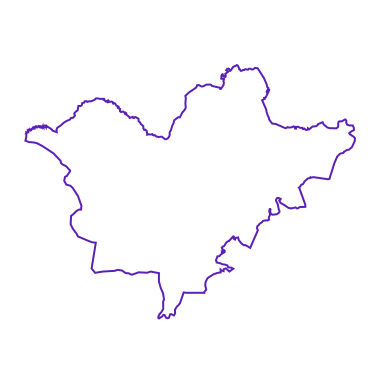 outline of South Tongu, Volta, Ghana, rotated 268°
{"feature_id": "2480657B92948775681515", "entity_name": "South Tongu", "entity_type": "district", "adm_level": 2, "iso_a3": "GHA", "parent_name": "Ghana", "parent_adm1": "Volta", "projection": "orthographic", "projection_center": [0.674, 5.965], "detail": "fine", "context": "isolated", "style": "outline", "palette": "violet", "viewbox_px": 384, "rotation_deg": 268, "n_neighbors": 0, "source": "geoboundaries", "source_scale": "gbopen_adm2", "svg_char_len": 6020}
<svg xmlns="http://www.w3.org/2000/svg" viewBox="0 0 384 384"><g transform="rotate(268 192 192)"><path d="M231.3,353.4L237.4,356.5L240.0,356.7L241.4,355.7L244.1,352.0L245.3,351.1L246.6,352.7L248.3,356.0L250.3,356.0L252.9,355.0L253.0,351.8L253.8,349.5L255.9,348.5L256.4,348.8L258.0,348.6L258.9,348.1L259.2,347.5L257.4,344.2L257.5,342.1L257.1,341.1L255.8,340.5L252.1,340.4L250.6,338.5L251.0,331.6L251.9,329.3L255.0,325.9L257.2,325.0L255.4,320.3L254.3,319.8L253.4,318.2L253.2,314.7L250.6,311.4L251.6,310.1L250.3,310.0L250.0,308.7L250.1,307.9L251.4,306.7L251.0,305.8L251.1,305.0L252.3,304.7L252.3,302.4L253.6,300.1L253.2,299.1L253.4,298.2L251.7,298.1L251.8,297.2L253.1,296.9L254.0,296.0L253.2,293.8L253.0,291.4L253.5,289.5L252.7,288.6L252.6,287.4L257.1,278.0L257.6,274.5L261.8,271.6L263.3,271.5L266.0,270.3L270.0,269.2L271.9,269.0L281.3,265.3L282.6,268.0L283.6,267.5L284.0,269.0L290.7,272.5L292.4,273.0L290.6,271.3L289.1,270.8L289.0,270.3L289.8,270.1L292.1,271.6L293.5,271.8L294.3,270.8L296.9,270.4L303.5,267.8L313.4,261.9L313.8,259.3L312.5,257.5L312.3,256.3L313.2,254.4L313.2,253.2L312.3,252.3L312.9,249.5L312.1,248.5L312.2,247.2L311.5,246.1L311.4,244.9L312.8,244.1L313.0,243.5L313.7,243.6L316.8,242.1L317.3,241.2L316.7,240.4L315.7,237.6L311.8,234.7L311.9,234.0L313.6,233.4L314.1,232.7L313.9,231.5L312.5,230.4L311.0,232.4L308.9,229.4L306.9,229.8L305.9,229.4L306.1,228.7L306.9,228.2L306.8,227.4L308.6,226.7L308.2,226.0L307.0,225.5L304.2,225.2L304.0,226.3L304.4,227.7L303.7,228.1L301.7,227.2L300.1,227.7L297.5,227.1L294.0,224.4L294.0,223.8L295.2,223.5L297.3,215.7L298.3,215.0L298.7,214.1L298.8,210.1L297.2,206.8L297.1,205.1L298.7,202.5L298.5,200.8L297.9,200.8L296.0,199.5L291.7,192.6L288.3,188.7L285.9,189.1L281.1,188.5L276.5,188.7L274.4,187.6L271.5,184.9L267.0,182.5L267.2,180.8L264.5,177.0L263.6,176.4L261.4,176.0L259.0,174.6L254.5,173.1L252.9,172.0L251.3,171.6L250.0,171.8L248.7,171.3L246.9,170.2L245.7,168.3L245.7,166.9L248.4,163.7L248.1,160.5L248.8,158.2L250.1,156.9L249.9,155.6L250.3,154.7L251.2,154.4L250.9,152.6L251.2,150.5L250.8,149.2L254.8,148.8L255.9,147.4L255.7,146.5L257.4,145.6L259.6,145.6L261.8,143.1L263.0,142.8L264.7,141.1L267.1,141.1L268.8,138.3L268.7,137.2L267.9,136.7L268.1,135.8L269.2,135.3L268.2,132.3L269.1,132.0L271.4,129.4L271.9,129.2L272.0,128.2L272.4,127.8L273.2,128.8L273.8,128.2L273.9,127.2L274.8,126.1L274.4,123.8L275.3,122.8L276.4,123.0L277.1,122.6L277.6,122.9L278.1,122.1L278.8,121.9L278.6,120.9L279.4,120.7L280.1,121.2L281.1,119.3L283.0,118.3L283.6,117.2L283.0,116.5L283.2,116.1L284.4,116.1L285.2,115.0L284.7,111.4L286.0,111.9L286.5,111.5L286.2,110.6L285.3,110.7L285.7,109.7L285.3,109.2L286.6,107.8L287.7,107.6L287.5,106.8L288.2,106.8L288.2,103.8L288.9,100.4L288.8,99.1L287.5,97.9L286.1,94.2L286.3,92.7L285.7,90.4L286.5,89.8L286.3,87.8L285.1,87.4L284.7,85.4L282.6,84.9L281.8,83.7L282.0,81.5L277.5,80.5L276.6,78.9L274.6,77.0L272.5,77.7L270.9,76.3L270.2,75.3L270.3,73.7L268.7,72.6L267.2,68.8L265.6,66.1L263.1,63.2L260.9,59.6L259.1,58.8L256.5,58.9L258.3,54.6L259.5,54.0L262.7,49.4L262.0,49.3L262.0,48.7L263.0,49.0L263.5,48.6L263.5,48.3L261.8,48.2L263.0,47.4L262.3,46.8L263.2,46.6L262.6,45.8L261.5,45.8L262.1,45.3L262.9,45.2L261.4,44.5L262.1,43.9L261.7,43.4L262.4,43.1L263.0,43.3L263.1,42.5L262.1,41.8L262.4,41.3L263.2,41.3L263.3,40.8L261.9,39.4L262.2,39.1L262.6,39.4L263.2,38.4L262.5,37.4L261.7,37.6L261.4,36.9L262.3,36.9L261.8,36.1L262.3,35.6L261.3,34.9L260.8,35.5L260.8,34.3L259.6,33.6L260.0,33.0L259.4,32.6L260.0,32.2L259.3,32.0L260.1,30.7L259.8,30.1L258.8,30.6L258.5,30.0L257.3,30.4L257.0,28.8L257.5,29.2L257.5,28.4L256.7,28.6L252.4,28.2L249.1,27.3L247.6,30.8L247.0,35.8L246.2,38.7L243.2,44.0L235.4,55.0L227.8,61.7L225.5,62.1L224.2,63.4L222.2,67.0L217.7,70.9L216.8,70.7L212.5,67.6L211.5,65.6L207.6,64.7L203.8,66.6L202.5,70.7L200.5,72.7L192.0,77.9L182.1,81.0L178.3,80.5L178.4,78.5L177.0,75.8L174.2,72.9L172.3,70.3L163.8,69.6L159.2,71.8L154.1,75.3L151.6,76.4L146.4,87.5L145.2,90.7L144.7,94.1L119.0,89.0L114.6,92.4L115.6,99.9L115.9,112.1L116.8,114.7L116.0,119.3L113.3,122.8L112.9,126.1L111.7,128.1L111.5,129.4L113.6,135.9L112.9,144.4L113.9,147.9L112.1,156.1L103.8,155.8L96.9,157.5L91.9,159.5L85.5,160.3L83.9,159.5L82.8,159.3L76.2,159.2L73.0,157.2L71.2,155.4L68.2,153.9L67.0,154.1L66.8,154.7L68.6,157.8L70.2,159.1L69.9,160.3L67.2,161.8L66.7,163.0L67.1,164.5L70.5,165.9L70.7,166.9L69.3,169.6L71.2,170.9L74.9,170.8L78.1,173.0L79.4,174.6L81.3,176.1L91.9,180.2L91.5,182.5L90.8,200.8L91.9,200.9L93.9,202.8L98.1,202.0L101.4,202.4L104.7,204.1L105.9,205.3L109.0,210.7L110.2,214.4L110.7,217.9L113.4,217.9L112.6,218.7L111.8,220.8L113.7,221.0L114.5,223.1L111.2,226.6L113.9,230.6L115.1,228.6L115.3,226.0L115.7,225.4L117.4,224.8L118.3,222.4L118.8,219.5L119.7,218.1L120.7,214.2L121.4,214.3L122.7,213.5L126.8,215.2L127.0,217.2L128.4,218.4L129.2,219.8L129.8,220.3L130.4,219.8L130.9,220.1L131.5,219.9L131.4,220.6L130.2,221.5L130.7,222.4L131.4,222.2L131.9,222.7L133.1,221.6L133.0,220.7L135.3,219.8L136.4,220.8L136.5,221.7L137.2,222.5L140.5,224.6L142.1,227.3L141.9,227.5L146.1,231.5L146.2,232.0L145.7,232.4L144.7,231.8L143.4,232.4L143.0,233.3L144.0,233.5L144.6,234.2L145.0,236.5L142.3,237.1L139.1,239.4L137.0,241.9L137.1,243.5L134.1,248.2L151.5,256.5L153.5,255.6L155.6,256.2L156.7,257.6L157.7,258.2L159.4,260.9L160.6,261.9L161.1,264.9L160.9,266.7L161.7,268.0L162.9,267.8L164.7,268.1L165.7,268.9L166.9,269.2L170.2,268.5L172.2,269.0L172.3,269.6L171.9,269.9L170.2,269.4L167.7,269.9L166.5,271.5L166.8,276.0L168.7,278.6L169.9,278.8L171.7,278.1L176.9,277.2L180.3,275.7L181.5,275.8L182.9,276.7L183.1,278.1L182.0,280.4L181.3,280.2L180.8,279.1L180.2,278.9L178.1,280.0L175.6,284.0L172.8,287.8L172.1,290.6L173.0,295.0L172.0,296.1L171.9,297.1L173.2,299.2L173.2,304.7L175.3,304.8L192.2,299.4L192.6,299.0L193.3,300.0L195.4,301.4L196.1,303.3L198.7,304.9L201.5,308.3L201.9,310.8L202.0,310.2L202.6,310.8L202.1,311.1L202.6,313.9L200.0,328.4L200.3,329.8L216.1,335.4L222.4,338.4L225.1,341.3L225.8,344.5L226.7,345.4L226.8,344.7L227.1,345.8L228.6,348.3L228.8,350.3L231.3,353.4Z" fill="none" stroke="#5b21b6" stroke-width="2"/></g></svg>